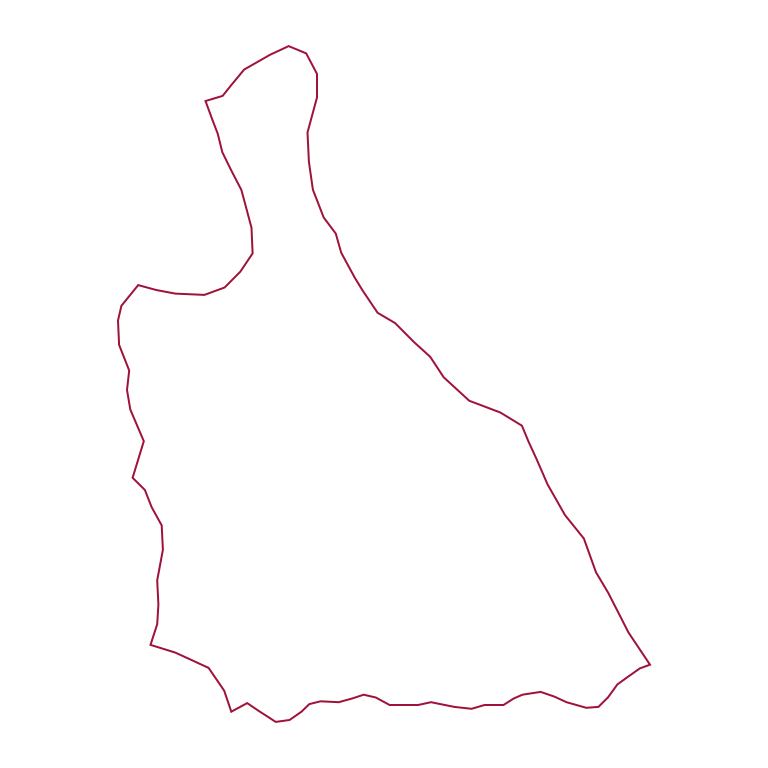 outline of Angastina, Cyprus
{"feature_id": "46923920B58567235428408", "entity_name": "Angastina", "entity_type": "district", "adm_level": 2, "iso_a3": "CYP", "parent_name": "Cyprus", "parent_adm1": "", "projection": "equal_earth", "projection_center": [33.585, 35.215], "detail": "fine", "context": "isolated", "style": "outline", "palette": "rose", "viewbox_px": 768, "rotation_deg": 0, "n_neighbors": 0, "source": "geoboundaries", "source_scale": "gbopen_adm2", "svg_char_len": 1331}
<svg xmlns="http://www.w3.org/2000/svg" viewBox="0 0 768 768"><path d="M241.4,190.0L246.0,207.1L251.5,227.8L252.6,253.4L240.3,271.7L224.6,287.5L204.4,294.9L175.2,293.6L156.2,290.0L138.2,285.1L121.4,305.8L118.0,320.5L119.1,344.9L129.2,370.5L127.0,390.0L130.3,409.5L143.8,441.2L132.6,477.8L144.9,490.0L151.6,507.1L161.7,525.4L162.4,539.7L162.9,549.8L157.2,580.3L158.4,604.7L157.2,624.2L150.5,644.9L175.3,652.6L208.6,667.9L224.2,690.7L231.3,711.7L247.2,703.1L258.4,710.7L275.7,721.9L289.5,720.0L301.6,711.6L309.3,704.1L320.6,701.3L338.7,702.2L352.5,698.4L363.7,694.7L375.8,697.5L389.6,705.0L400.8,705.0L418.1,705.0L431.0,702.2L454.3,706.9L471.6,708.8L484.5,705.0L503.5,705.0L513.9,698.4L522.5,694.7L540.6,691.9L554.4,696.6L566.5,702.2L586.3,707.8L598.4,706.9L607.9,697.5L617.4,684.4L627.8,676.9L639.8,668.4L650.0,664.7L628.4,632.4L621.7,619.2L608.2,592.8L596.0,572.3L583.9,538.6L565.0,515.1L547.5,484.3L536.7,459.4L528.6,441.8L521.9,425.7L500.3,412.5L469.3,400.8L443.7,377.3L430.2,356.8L414.0,342.1L395.1,323.1L377.6,312.8L362.8,290.8L354.7,277.6L341.2,252.7L335.8,233.6L323.7,217.5L312.9,189.7L308.9,161.8L307.5,132.5L317.0,97.4L317.0,73.9L306.2,53.4L288.6,46.1L269.8,54.9L244.2,69.5L232.0,84.2L222.6,95.9L205.5,101.0L212.2,119.3L217.8,133.9L222.3,152.2L231.3,170.5L241.4,190.0Z" fill="none" stroke="#9f1239" stroke-width="2"/></svg>